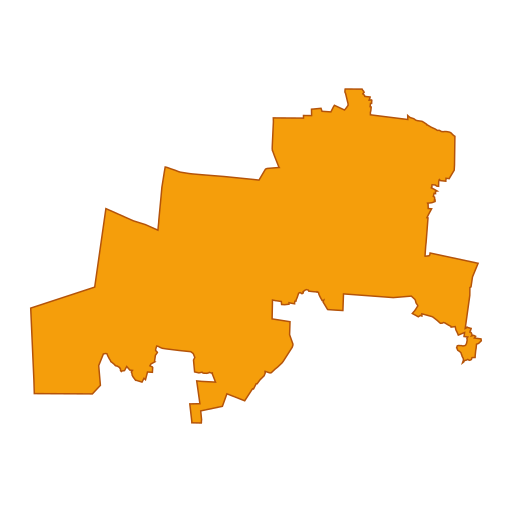 Pabellón de Arteaga, Aguascalientes, Mexico (Albers equal-area conic projection)
{"feature_id": "50627088B43524321041523", "entity_name": "Pabellón de Arteaga", "entity_type": "district", "adm_level": 2, "iso_a3": "MEX", "parent_name": "Mexico", "parent_adm1": "Aguascalientes", "projection": "albers", "projection_center": [-102.265, 22.105], "detail": "fine", "context": "isolated", "style": "filled", "palette": "amber", "viewbox_px": 512, "rotation_deg": 0, "n_neighbors": 0, "source": "geoboundaries", "source_scale": "gbopen_adm2", "svg_char_len": 6021}
<svg xmlns="http://www.w3.org/2000/svg" viewBox="0 0 512 512"><path d="M244.7,400.8L244.9,400.5L247.8,396.0L252.5,388.8L253.5,389.0L256.2,383.7L257.1,383.8L260.4,379.3L260.5,379.4L264.1,375.8L264.2,375.6L265.3,372.8L265.0,371.9L265.1,371.3L269.4,372.8L270.5,372.9L271.3,372.7L275.2,369.0L277.6,367.1L279.6,365.2L281.7,363.2L282.1,362.8L283.3,361.2L292.2,347.3L292.8,345.5L292.9,344.8L292.9,344.0L289.7,335.0L289.6,334.4L290.0,321.7L272.1,318.9L272.4,304.8L272.5,300.0L275.7,300.7L276.3,300.7L281.3,301.5L281.6,304.5L284.7,304.7L289.0,304.2L289.0,302.7L290.6,303.1L294.6,303.8L294.6,303.3L294.7,302.1L294.9,301.2L296.0,301.1L296.2,299.8L297.2,297.5L298.5,293.6L299.3,292.7L300.3,292.6L301.5,293.5L302.0,293.7L302.2,293.4L302.4,293.2L302.8,293.2L303.2,293.0L303.3,292.7L303.1,291.6L303.9,291.1L305.0,290.2L306.3,289.6L308.3,290.1L308.6,290.6L308.7,291.1L310.8,291.4L313.7,291.7L316.4,291.9L317.2,291.9L317.2,292.2L317.4,292.2L317.4,291.9L318.3,292.4L318.5,292.6L318.8,293.9L319.2,295.0L319.8,296.3L320.4,297.5L321.9,300.2L322.2,300.6L322.7,300.4L322.8,300.4L323.4,300.4L323.7,300.2L323.1,302.0L325.8,306.5L327.6,309.5L327.9,309.6L329.7,309.7L335.5,310.1L339.0,310.3L342.2,310.5L342.9,310.5L343.5,293.9L393.3,297.6L411.3,296.1L413.2,297.8L413.9,298.5L414.6,299.1L415.3,300.1L416.0,302.8L416.4,303.5L416.5,303.7L417.5,305.0L417.6,305.4L417.8,305.9L415.8,309.1L415.1,310.1L414.4,311.1L413.8,311.7L413.4,312.2L412.3,313.5L414.1,314.5L416.0,315.5L417.0,316.1L418.3,316.8L420.4,315.4L420.6,315.5L421.1,315.8L421.9,316.0L421.9,313.8L432.0,316.6L433.1,317.2L437.3,320.5L439.9,322.9L440.5,323.3L442.4,323.1L443.4,322.5L444.9,322.9L445.8,323.5L448.5,325.1L451.0,326.4L451.1,327.1L455.2,326.6L455.9,329.9L457.3,332.7L458.3,335.1L464.6,332.5L464.0,336.5L467.8,337.0L466.9,338.4L467.2,340.0L466.5,343.5L465.5,345.3L464.8,345.6L462.9,346.0L461.5,345.6L460.2,345.6L458.4,345.5L457.3,345.8L456.6,347.8L456.9,348.0L457.3,349.3L457.8,350.3L459.8,351.6L461.0,352.9L461.5,354.5L461.8,355.1L461.9,355.5L462.2,356.5L463.0,358.0L463.3,358.6L463.4,359.7L463.4,360.3L462.5,362.9L463.8,361.9L464.3,360.7L465.1,360.4L466.4,360.1L467.8,359.4L468.9,360.1L469.7,360.3L471.4,359.5L471.9,357.8L472.1,357.6L475.1,357.5L475.2,355.5L475.7,350.6L476.1,348.3L476.5,344.2L478.6,343.4L481.3,340.8L481.0,338.9L474.4,338.0L475.6,336.3L473.6,335.3L471.5,335.9L472.1,334.9L471.2,332.7L470.9,332.4L470.7,332.2L470.4,332.1L470.2,332.1L469.9,332.1L470.0,331.3L470.2,330.8L470.3,330.6L470.6,330.3L470.6,330.2L470.7,329.8L470.7,329.6L470.8,329.3L470.9,329.1L471.0,329.1L471.1,328.9L471.2,328.6L471.0,328.3L470.9,328.3L470.6,328.3L469.9,328.2L469.3,327.9L467.8,327.5L467.3,327.2L467.3,327.3L465.2,328.5L469.8,295.4L469.9,287.5L471.0,286.9L472.5,276.9L478.1,263.3L430.1,253.0L429.8,255.0L428.9,255.8L425.4,256.2L425.0,256.1L425.7,246.1L426.1,242.5L428.0,217.9L426.9,217.7L429.1,213.4L431.6,208.8L428.2,208.5L428.1,204.2L427.6,203.2L431.9,202.7L435.1,201.5L435.1,200.0L434.4,200.0L434.7,198.7L434.5,197.1L433.3,196.4L434.1,193.3L435.5,193.6L435.5,191.2L437.1,191.0L434.2,189.3L431.3,187.8L432.0,186.8L431.7,186.2L432.1,184.7L435.3,185.0L436.1,185.7L436.7,186.1L437.4,186.2L438.6,186.3L438.6,185.4L438.7,181.8L439.2,179.7L439.4,179.5L440.4,180.6L445.8,181.2L445.8,180.1L446.0,179.6L446.0,178.3L448.3,178.5L449.1,178.7L454.2,170.2L454.5,165.2L454.9,136.3L454.2,135.9L453.1,135.0L450.8,132.7L449.4,132.1L446.8,131.6L444.9,131.5L443.1,131.7L441.4,131.5L439.5,130.4L439.1,130.3L437.4,130.4L435.2,129.0L431.2,127.2L427.0,124.7L426.9,124.8L426.7,124.8L426.6,124.2L423.6,122.2L422.0,121.3L417.7,120.7L415.8,120.2L413.8,118.7L410.4,117.6L409.5,117.1L407.7,115.5L407.8,119.5L372.6,115.1L371.3,114.9L370.4,114.8L370.4,112.2L370.8,110.9L370.9,109.9L371.2,107.0L370.1,106.7L370.5,103.4L371.6,103.4L371.8,100.2L371.3,99.9L370.5,100.0L369.7,100.2L369.1,100.2L369.6,98.8L370.0,97.7L370.1,97.0L364.8,96.4L364.7,95.8L363.9,94.7L363.1,94.2L362.9,93.6L364.1,92.4L363.7,91.3L362.8,90.4L362.1,89.1L361.7,89.1L357.4,89.1L347.9,89.0L345.2,89.0L345.0,90.0L345.0,90.8L344.9,92.0L345.6,93.6L347.3,100.7L348.0,103.4L348.1,105.3L346.2,108.0L344.5,110.0L334.4,105.3L333.3,107.1L330.9,111.9L322.0,111.3L321.0,108.3L312.7,109.1L312.3,109.1L311.5,109.2L311.6,115.6L303.5,115.5L303.5,118.1L273.3,117.9L273.4,121.8L272.3,145.4L272.2,148.5L272.4,150.6L272.7,151.0L274.5,156.0L278.5,166.1L278.6,166.4L278.6,166.7L278.7,166.8L279.2,167.5L275.2,167.8L273.9,167.9L267.8,168.4L267.4,168.4L265.9,168.9L265.6,169.1L265.3,169.4L259.0,180.1L253.8,179.5L224.0,176.5L207.7,175.2L203.9,174.9L192.2,173.9L188.9,173.5L180.7,172.2L180.1,172.1L179.6,171.9L178.8,171.7L175.0,170.2L170.8,168.8L167.3,167.5L166.2,167.2L165.2,167.0L164.4,171.5L164.0,174.0L161.9,187.2L161.0,197.1L158.8,220.2L158.7,222.3L157.9,230.2L145.4,224.6L133.3,220.8L105.9,208.6L94.7,287.1L30.7,308.1L33.9,380.1L34.3,393.6L92.4,393.9L100.4,385.3L98.7,365.6L103.4,353.9L105.8,353.5L107.0,353.8L107.7,355.7L109.3,358.8L110.3,360.3L110.9,361.7L112.1,362.5L113.5,363.7L114.6,364.6L115.1,365.4L116.0,365.9L117.3,366.1L119.7,367.6L119.9,368.3L120.5,369.0L120.5,370.5L121.3,371.5L121.8,371.0L124.5,370.6L126.7,366.5L129.9,370.1L132.5,370.4L132.4,370.6L132.2,370.5L131.9,370.6L131.4,371.5L131.4,372.4L131.9,373.2L132.2,375.3L133.2,377.1L135.6,380.3L136.2,380.3L142.0,382.1L144.0,378.3L145.5,379.7L147.5,372.0L152.4,372.3L152.7,367.5L152.3,366.9L149.9,365.8L150.9,364.0L154.9,361.8L154.5,361.6L155.4,355.3L157.4,352.5L157.0,351.8L156.1,350.9L155.7,350.7L155.6,350.3L155.7,349.3L156.2,347.5L156.8,346.0L158.5,346.5L160.1,347.4L162.3,348.3L166.3,348.9L179.3,350.5L190.8,351.7L193.2,353.5L194.8,357.4L193.5,360.1L194.6,371.9L198.9,372.9L202.1,372.2L202.7,372.9L203.6,373.2L206.5,373.3L206.9,373.3L208.5,372.9L209.4,372.3L210.1,372.7L210.4,372.7L210.7,372.7L211.9,373.2L212.0,373.4L212.3,373.2L212.3,373.8L215.5,382.1L201.8,381.4L196.7,380.9L199.9,403.7L189.8,403.9L191.8,421.5L191.8,422.8L201.3,423.0L201.4,422.5L201.4,421.8L201.4,421.1L201.6,419.7L201.5,418.9L200.7,410.9L222.4,406.3L226.9,393.8L244.7,400.8Z" fill="#f59e0b" stroke="#b45309" stroke-width="1.5"/></svg>